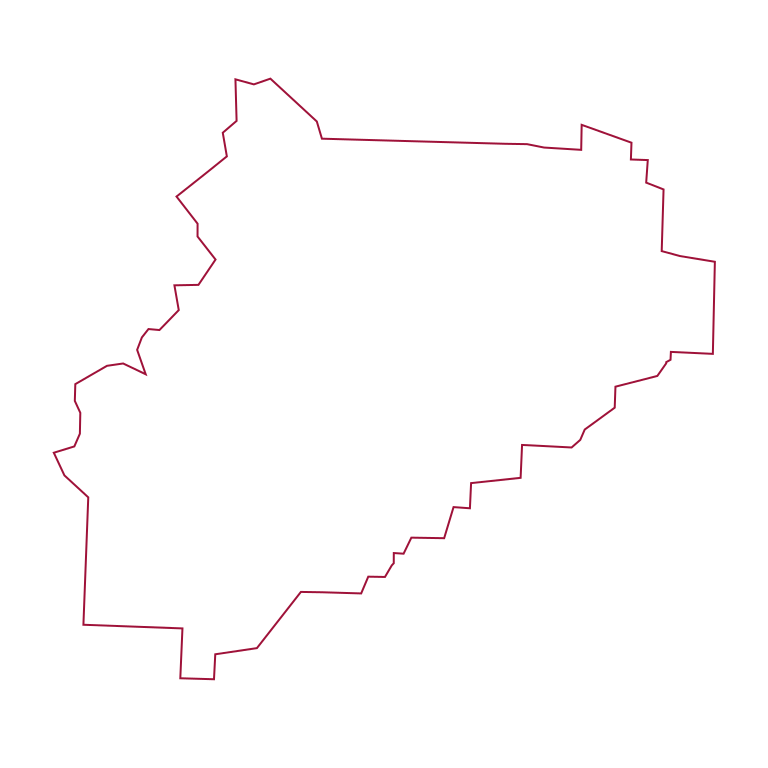 Shelby, Alabama, United States of America (Mercator projection), rotated 182°
{"feature_id": "52423323B89355331485408", "entity_name": "Shelby", "entity_type": "district", "adm_level": 2, "iso_a3": "USA", "parent_name": "United States of America", "parent_adm1": "Alabama", "projection": "mercator", "projection_center": [-86.665, 33.283], "detail": "fine", "context": "isolated", "style": "outline", "palette": "rose", "viewbox_px": 768, "rotation_deg": 182, "n_neighbors": 0, "source": "geoboundaries", "source_scale": "gbopen_adm2", "svg_char_len": 1130}
<svg xmlns="http://www.w3.org/2000/svg" viewBox="0 0 768 768"><g transform="rotate(182 384 384)"><path d="M543.6,83.0L543.2,108.0L501.8,115.6L459.8,173.3L438.6,173.7L399.5,173.9L393.0,190.9L376.3,191.2L369.9,203.0L368.0,205.2L368.3,215.4L358.5,215.1L351.3,231.4L318.5,232.0L310.2,263.4L293.8,262.8L293.5,288.0L244.2,295.0L244.0,315.3L243.9,327.9L235.4,327.8L194.3,327.1L185.9,335.0L181.8,345.5L152.6,368.4L152.6,389.4L111.1,401.6L102.7,414.5L102.7,415.7L98.5,418.2L98.4,426.1L56.4,425.6L57.6,517.7L92.7,522.2L111.1,526.5L111.4,588.2L129.0,594.4L128.2,617.0L145.1,617.0L145.1,633.8L195.5,649.9L195.1,624.9L232.3,625.9L249.4,628.7L270.9,628.3L340.0,627.8L454.6,627.0L460.3,644.0L508.2,685.2L524.5,678.9L543.1,683.3L540.5,641.8L553.9,629.5L549.0,606.0L568.2,589.4L597.9,564.1L575.9,537.7L575.5,524.9L556.7,502.5L572.9,476.6L596.9,475.3L591.7,450.7L610.3,430.1L621.3,430.7L627.6,422.1L631.9,409.5L622.5,385.4L645.4,395.4L661.5,392.5L692.5,373.1L692.4,356.3L686.5,344.6L686.2,323.7L691.3,310.8L711.6,303.8L700.2,281.5L675.6,260.4L676.0,132.9L576.9,132.7L577.3,82.8L543.6,83.0Z" fill="none" stroke="#9f1239" stroke-width="2"/></g></svg>